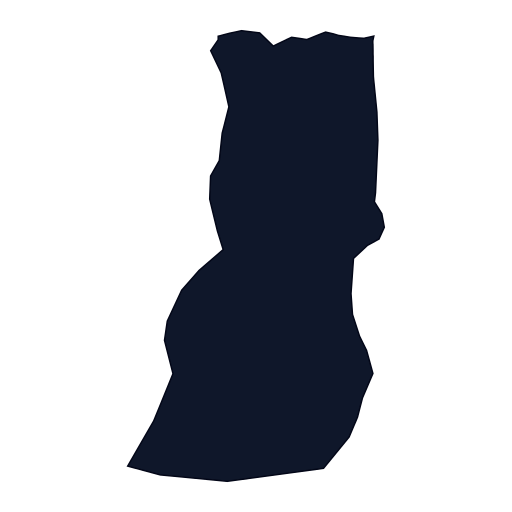 the district of Nitega, Southern Darfur, Sudan
{"feature_id": "16777658B78746843728772", "entity_name": "Nitega", "entity_type": "district", "adm_level": 2, "iso_a3": "SDN", "parent_name": "Sudan", "parent_adm1": "Southern Darfur", "projection": "robinson", "projection_center": [25.325, 12.6], "detail": "fine", "context": "isolated", "style": "filled", "palette": "ink", "viewbox_px": 512, "rotation_deg": 0, "n_neighbors": 0, "source": "geoboundaries", "source_scale": "gbopen_adm2", "svg_char_len": 1549}
<svg xmlns="http://www.w3.org/2000/svg" viewBox="0 0 512 512"><path d="M212.8,212.0L217.4,230.9L223.2,249.6L199.1,270.4L181.7,290.2L167.3,321.1L164.5,340.3L173.0,373.7L160.4,404.7L153.7,421.0L127.7,466.1L160.3,474.9L176.5,476.4L195.2,478.2L227.3,481.3L282.2,473.9L323.5,468.3L349.1,437.0L355.0,423.0L355.1,422.9L357.5,417.1L359.5,409.3L362.5,397.8L372.9,373.5L370.2,363.6L366.5,350.2L366.2,349.7L361.5,340.2L359.5,336.1L352.5,314.5L352.0,307.7L351.0,293.6L352.4,273.9L353.5,258.4L367.4,245.4L378.3,239.4L378.9,239.2L384.3,227.3L384.0,225.7L381.8,213.7L375.9,204.2L374.4,201.8L375.5,192.8L377.9,140.3L377.0,115.2L376.9,112.2L375.0,93.1L374.6,89.2L374.3,86.0L373.7,80.2L373.4,76.5L373.1,61.2L373.1,56.6L373.0,54.0L373.0,50.7L373.0,50.1L372.9,44.2L372.8,43.2L372.8,41.4L372.8,40.8L373.8,36.1L372.1,36.5L368.1,37.4L365.7,37.9L365.2,38.0L364.9,38.1L364.5,38.2L364.1,38.3L363.9,38.3L359.0,38.0L350.5,37.3L346.1,36.6L344.5,36.3L338.4,35.4L333.1,33.8L332.2,33.6L325.6,32.1L322.2,33.4L321.9,33.5L315.9,35.9L313.7,36.8L309.8,38.4L306.9,39.5L305.1,39.3L300.2,38.5L291.6,37.3L290.5,37.8L289.9,38.1L289.6,38.2L289.4,38.3L288.8,38.6L288.4,38.8L287.9,39.0L286.8,39.5L286.6,39.6L286.1,39.9L283.0,41.4L282.3,41.7L281.1,42.3L277.3,44.1L277.1,44.2L276.7,44.4L275.5,45.0L274.3,45.6L273.7,45.9L273.3,46.1L259.7,32.9L241.5,30.7L235.6,32.0L229.8,33.2L224.0,34.7L220.0,35.8L218.2,36.2L218.2,39.8L210.7,50.7L221.2,72.8L223.8,84.1L228.9,106.8L223.9,126.6L222.2,133.1L219.3,160.6L210.6,176.0L209.7,199.1L212.8,212.0Z" fill="#0f172a" stroke="#020617" stroke-width="1.5"/></svg>